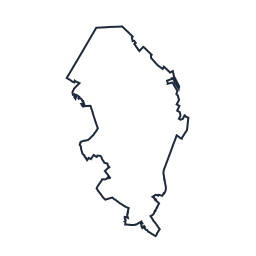 Susāju pag., Vilakas, Latvia, rotated 120°
{"feature_id": "27541924B7356494946618", "entity_name": "Susāju pag.", "entity_type": "district", "adm_level": 2, "iso_a3": "LVA", "parent_name": "Latvia", "parent_adm1": "Vilakas", "projection": "albers", "projection_center": [27.605, 57.194], "detail": "fine", "context": "isolated", "style": "outline", "palette": "slate", "viewbox_px": 256, "rotation_deg": 120, "n_neighbors": 0, "source": "geoboundaries", "source_scale": "gbopen_adm2", "svg_char_len": 5469}
<svg xmlns="http://www.w3.org/2000/svg" viewBox="0 0 256 256"><g transform="rotate(120 128 128)"><path d="M176.3,147.3L175.3,147.1L175.0,147.1L174.7,147.1L174.3,147.0L174.2,146.9L173.9,146.9L173.4,146.9L173.4,146.0L173.5,145.5L173.5,144.6L172.9,144.6L172.3,144.5L169.7,144.3L168.5,144.2L168.8,140.8L168.1,140.5L167.8,140.5L167.4,140.5L167.2,140.6L166.6,139.6L166.1,138.2L166.1,137.1L166.4,136.7L168.1,134.6L168.8,133.2L169.0,132.5L169.4,132.0L169.9,131.3L169.7,129.9L169.6,129.5L169.0,128.2L170.7,126.5L170.8,126.4L170.8,125.8L171.4,124.5L172.3,125.0L173.1,125.5L175.5,126.1L176.8,126.5L176.9,126.1L177.6,124.7L177.7,124.3L178.2,123.1L179.1,121.0L179.8,119.4L180.0,118.8L180.3,118.8L180.6,118.8L180.7,119.0L181.0,119.4L181.1,119.6L180.9,119.7L180.8,119.8L181.0,120.0L181.2,120.4L181.2,120.9L182.3,121.0L183.3,121.5L183.7,121.8L184.2,122.7L185.4,124.8L186.0,124.6L186.4,124.6L189.0,124.8L189.8,124.9L191.4,125.0L192.1,125.0L193.9,125.2L195.6,125.0L196.0,125.0L197.2,122.8L197.6,121.9L198.0,120.8L198.8,118.9L199.3,117.7L200.0,116.3L200.2,115.9L200.9,113.9L201.4,111.8L200.5,111.0L196.1,106.9L196.3,105.8L196.6,104.0L196.5,103.5L196.5,102.6L196.6,102.2L196.8,100.5L197.2,97.6L197.3,97.3L197.2,95.3L197.3,94.0L197.4,92.9L197.5,92.1L197.3,91.5L197.4,91.2L197.4,89.8L197.0,87.4L198.4,86.9L199.8,86.7L200.9,86.3L200.8,85.9L202.9,85.4L203.2,85.6L204.5,84.5L205.9,83.1L206.1,84.6L206.1,85.2L206.6,86.4L206.9,86.3L208.1,85.5L208.4,85.2L208.8,84.2L209.0,83.9L209.8,83.6L210.2,83.7L210.5,83.9L210.5,83.7L211.4,83.0L211.7,82.8L212.2,82.5L212.3,82.4L213.0,82.1L212.3,80.9L211.3,78.8L211.1,78.3L210.6,77.2L210.0,76.0L208.9,74.2L208.0,73.1L207.9,73.2L207.3,72.6L206.6,72.1L205.2,71.4L203.8,70.5L202.3,69.6L203.4,67.9L204.5,68.9L205.4,67.7L206.2,67.4L207.4,65.7L206.1,65.4L204.9,65.1L205.0,64.9L205.3,63.8L206.6,63.6L207.2,61.2L206.8,60.3L207.7,58.9L207.7,58.6L207.5,57.7L207.7,56.0L207.8,53.9L207.8,51.7L207.8,51.3L207.8,50.0L205.7,49.9L205.5,50.0L205.1,50.1L204.3,50.1L204.2,50.1L202.1,50.1L199.8,49.9L199.1,51.5L198.6,52.6L197.8,54.2L196.7,56.5L196.3,57.6L196.1,58.2L195.9,59.1L195.5,59.7L195.2,60.4L194.7,61.0L194.4,61.8L194.0,62.5L193.2,63.9L193.0,64.4L192.2,63.9L191.3,63.4L190.6,63.1L189.5,62.9L187.5,63.0L187.4,63.2L186.1,63.3L186.0,62.8L184.1,63.1L182.4,63.0L182.4,63.3L180.3,63.3L180.1,63.3L177.7,63.4L177.0,66.8L176.7,68.5L176.0,68.3L176.0,69.0L175.9,69.0L176.0,69.5L175.9,69.8L175.5,70.2L175.5,70.4L175.2,70.6L175.1,70.9L175.3,71.1L175.1,71.3L175.2,71.7L175.3,71.9L175.3,72.3L172.7,71.0L172.0,70.6L171.9,70.3L171.5,68.1L170.7,68.3L170.3,67.3L170.0,66.1L169.6,64.4L166.5,64.5L166.5,63.9L164.6,64.0L163.9,64.1L162.8,64.4L162.1,64.6L161.4,65.0L160.9,65.3L160.6,65.4L160.0,65.9L158.7,67.0L157.0,68.4L155.6,69.6L154.7,70.3L154.9,70.5L154.6,70.7L153.3,71.7L153.2,71.6L152.4,72.3L149.6,74.6L149.1,75.0L148.9,75.0L147.3,75.7L145.9,76.1L137.4,77.5L123.7,79.8L119.8,80.6L116.7,81.0L113.6,81.5L110.0,82.2L110.0,81.8L110.3,79.2L110.5,78.1L110.6,77.1L110.3,76.1L109.9,76.4L109.6,76.4L107.3,76.2L105.0,76.2L100.5,75.9L100.3,75.9L100.0,76.0L98.6,76.6L88.9,80.9L89.4,84.6L88.7,84.8L88.7,85.2L88.7,85.3L91.5,85.2L92.3,85.1L92.6,85.1L92.8,85.2L93.1,85.4L94.6,86.7L94.5,88.6L94.3,88.6L92.6,88.6L91.8,88.5L91.5,88.6L91.0,88.8L88.4,91.0L88.4,94.1L83.2,94.5L83.2,97.7L78.2,97.8L74.9,101.2L74.5,103.0L71.2,103.8L66.4,112.2L69.7,115.7L69.2,115.8L68.9,116.4L67.5,117.8L66.7,117.2L63.6,114.5L63.3,114.8L63.0,115.0L62.6,114.5L63.0,114.0L62.7,113.5L65.4,109.7L68.6,103.8L68.4,103.9L67.5,104.1L66.5,104.4L66.3,104.5L66.2,104.7L66.0,105.1L65.8,105.4L61.5,112.1L60.1,114.3L59.9,114.4L56.3,117.6L57.9,118.7L58.5,119.0L59.0,119.3L58.3,121.7L56.9,127.6L59.5,127.5L58.9,133.5L58.1,136.0L55.8,143.0L53.9,144.3L52.8,144.1L51.7,148.5L51.1,150.9L50.9,151.4L50.0,155.2L50.0,155.3L54.5,156.4L54.8,156.4L55.7,156.6L53.5,161.5L53.4,161.6L52.1,164.5L50.5,163.8L49.4,166.3L50.4,167.4L48.8,169.0L48.5,169.3L47.8,169.9L46.5,169.6L44.7,176.6L44.5,177.7L44.4,178.0L43.8,180.4L43.7,180.8L43.7,181.2L43.0,183.8L45.9,188.3L46.2,188.8L48.2,192.0L49.6,194.4L50.9,196.1L52.4,198.4L56.4,204.6L57.0,205.6L95.5,205.8L99.0,205.9L112.7,206.0L112.8,206.1L115.3,206.1L115.3,202.4L115.7,199.6L115.4,197.3L113.7,197.8L113.8,197.2L113.8,196.6L113.8,195.9L113.4,192.5L120.9,194.4L124.8,194.0L126.8,192.4L126.3,191.8L126.1,191.7L125.5,191.3L125.7,190.4L126.5,190.2L127.6,190.2L128.1,190.0L129.0,188.1L127.0,188.5L126.5,188.6L125.2,188.9L125.2,187.9L125.4,185.8L127.1,185.9L127.3,185.2L126.0,184.7L126.4,182.2L127.6,180.8L127.1,180.3L129.6,177.5L129.9,177.7L130.4,177.7L130.4,179.3L130.0,179.9L130.5,180.5L131.8,178.4L131.9,177.5L130.7,176.4L130.3,175.8L127.6,171.7L128.2,170.8L128.3,170.8L129.7,169.2L130.4,168.4L130.9,167.8L133.7,164.9L136.1,162.3L136.4,161.9L138.9,159.2L140.3,157.6L141.1,156.6L141.3,156.3L141.9,155.8L142.9,154.5L143.2,154.0L145.8,154.0L147.1,154.1L148.4,154.2L149.2,154.4L151.6,154.5L153.2,155.1L155.6,155.6L156.0,155.8L158.2,156.5L158.4,156.7L160.5,158.8L160.7,159.5L161.6,160.2L163.1,161.6L163.6,161.9L164.2,162.1L164.5,162.1L164.6,161.9L165.0,161.6L166.3,161.6L166.9,161.2L167.0,160.7L167.3,159.9L167.5,159.9L167.8,159.6L168.0,159.3L169.5,158.2L170.5,157.2L170.8,156.9L172.7,154.9L173.1,154.5L173.1,154.0L173.1,153.9L173.3,153.7L173.4,153.4L173.4,153.2L173.4,152.6L173.6,152.3L173.7,152.2L173.8,151.9L173.9,151.5L174.4,151.2L174.7,151.0L174.8,150.8L174.9,149.9L174.9,149.7L174.8,149.3L174.8,149.2L175.0,149.0L175.4,148.9L175.6,148.8L175.7,148.4L176.3,147.3Z" fill="none" stroke="#1e293b" stroke-width="2"/></g></svg>